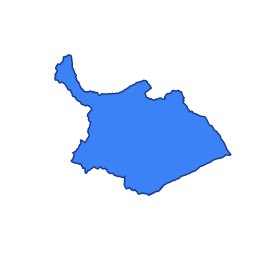 Cubará, Boyacá, Colombia (orthographic projection), rotated 41°
{"feature_id": "7082276B20538039058858", "entity_name": "Cubará", "entity_type": "district", "adm_level": 2, "iso_a3": "COL", "parent_name": "Colombia", "parent_adm1": "Boyacá", "projection": "orthographic", "projection_center": [-72.252, 6.875], "detail": "fine", "context": "isolated", "style": "filled", "palette": "blue", "viewbox_px": 256, "rotation_deg": 41, "n_neighbors": 0, "source": "geoboundaries", "source_scale": "gbopen_adm2", "svg_char_len": 5837}
<svg xmlns="http://www.w3.org/2000/svg" viewBox="0 0 256 256"><g transform="rotate(41 128 128)"><path d="M189.5,71.3L188.5,72.1L188.0,72.3L186.4,72.1L183.7,70.7L179.5,69.2L178.8,69.2L177.6,69.7L176.3,70.7L174.1,71.8L170.3,72.6L168.7,73.6L167.3,73.7L165.3,73.4L164.8,73.8L164.2,75.1L163.6,75.3L162.2,74.3L160.3,74.5L159.2,73.4L158.5,73.2L155.8,72.6L154.3,72.8L153.0,72.8L152.4,72.2L152.5,71.1L152.2,70.6L151.7,70.4L151.0,70.5L150.6,70.3L150.9,68.9L150.7,68.5L149.4,68.3L146.4,67.0L145.0,65.7L144.4,65.8L143.4,66.6L142.9,66.7L142.4,66.6L142.1,66.2L141.9,66.2L140.9,67.1L140.2,68.4L139.7,68.9L138.2,69.4L137.8,70.1L137.0,70.6L137.0,71.3L137.3,72.6L137.3,73.5L136.1,75.5L135.3,76.2L134.9,76.9L134.9,77.7L135.3,79.3L135.4,80.8L135.6,81.0L136.1,80.9L136.5,81.1L136.7,81.9L136.6,82.6L135.2,83.5L133.8,83.5L132.5,84.5L131.6,85.6L131.3,86.7L130.7,87.7L129.9,88.2L129.9,89.6L129.7,89.8L127.3,90.7L126.0,90.7L125.6,91.1L125.2,92.1L123.3,92.0L122.3,92.7L121.6,92.8L120.2,91.7L119.1,91.4L117.9,90.4L118.0,88.4L118.5,87.3L118.8,85.5L118.7,84.7L119.4,83.3L119.3,82.7L118.9,82.3L116.0,81.4L113.6,81.5L112.8,81.1L112.4,80.5L111.8,80.7L110.6,80.5L108.6,81.7L107.9,83.4L107.3,84.1L107.1,85.0L105.5,86.8L104.7,88.4L104.4,90.2L103.7,92.1L102.9,93.5L102.7,94.2L102.0,95.1L101.9,95.7L102.1,97.2L101.6,97.8L101.1,100.3L100.5,100.8L100.5,102.4L100.0,103.1L99.9,104.3L99.6,104.9L99.2,105.5L98.7,105.9L98.0,108.3L97.1,108.7L96.8,109.3L96.1,109.6L95.2,111.4L94.4,111.5L93.6,112.1L92.3,114.1L91.5,114.3L90.4,115.4L89.7,116.6L88.3,117.4L87.3,118.5L86.5,118.8L85.7,119.4L85.5,119.8L85.7,120.9L85.4,121.9L84.3,122.3L83.8,122.0L83.2,122.0L82.5,121.5L81.9,121.5L81.2,121.7L80.2,122.6L79.5,122.8L78.9,123.3L78.4,123.0L77.8,123.4L77.5,124.1L76.5,124.6L76.0,124.5L75.6,124.7L75.3,125.3L74.9,125.3L74.9,125.9L74.7,126.4L73.4,127.3L73.4,127.9L73.2,128.1L72.4,128.6L71.2,128.8L70.8,129.1L68.8,128.7L67.9,128.9L66.9,128.4L66.2,128.9L65.4,128.3L62.8,127.1L61.5,126.2L61.2,126.2L60.5,125.8L59.7,126.1L59.2,125.7L58.3,125.9L57.8,125.4L57.2,125.4L56.8,124.7L55.8,124.2L55.0,124.1L54.6,122.5L54.3,122.2L53.3,122.2L52.4,121.5L51.8,121.6L50.3,121.0L49.9,120.2L48.6,120.1L47.6,119.2L47.0,119.2L46.1,118.9L45.6,118.1L43.0,115.2L41.1,113.9L40.8,113.2L40.2,112.9L38.1,111.0L37.3,110.9L36.4,111.1L35.1,112.0L34.8,112.5L34.7,113.0L34.9,113.9L33.7,115.2L33.7,115.6L34.0,116.1L33.8,116.4L32.9,116.6L33.3,117.1L33.6,118.0L34.7,119.4L35.2,120.7L34.8,122.2L35.1,124.4L33.1,125.7L33.4,127.0L33.3,128.0L33.7,129.4L34.5,130.6L36.3,130.8L37.1,131.4L37.5,132.2L37.9,134.4L37.8,135.2L38.3,135.8L39.6,136.4L39.6,137.6L41.2,139.2L41.8,139.4L42.2,138.9L43.4,138.2L43.9,138.1L44.6,138.1L45.9,138.9L46.7,138.8L47.3,138.3L47.4,137.8L48.0,137.1L48.5,136.7L49.1,136.5L50.4,136.3L52.8,136.4L54.2,137.2L55.3,137.2L56.2,137.9L57.9,138.3L58.5,138.2L59.4,137.4L60.2,137.1L61.4,138.2L63.5,138.8L64.9,140.1L65.7,140.2L66.5,139.7L67.9,139.6L68.6,139.3L69.5,140.1L70.7,140.2L71.6,140.5L72.6,140.1L74.9,139.7L75.8,139.8L76.3,140.3L77.1,140.5L78.1,140.3L79.0,139.5L80.6,139.6L80.9,139.0L81.9,138.7L82.5,137.2L84.2,137.2L85.1,136.8L86.0,137.1L87.3,137.2L88.6,137.9L88.8,138.4L88.5,139.0L88.6,140.2L88.4,140.8L88.7,141.4L88.5,142.0L88.8,143.1L88.5,143.7L89.5,145.6L91.1,145.8L92.2,146.6L92.3,147.1L92.9,147.9L96.3,148.6L96.7,149.0L96.9,150.1L98.0,151.9L98.4,153.0L98.6,154.7L99.6,155.8L99.8,156.9L100.8,157.6L102.4,158.1L103.8,159.2L104.1,160.6L104.4,163.5L105.2,166.2L105.2,167.1L104.5,167.5L103.7,167.3L101.9,167.4L100.5,167.9L100.2,168.3L101.9,169.9L102.7,171.3L102.8,171.7L102.5,172.2L102.8,172.6L102.8,173.7L103.4,174.7L103.7,175.8L103.8,176.8L103.5,177.2L103.4,177.9L104.0,179.4L103.8,180.1L103.5,180.3L103.4,181.3L102.9,181.9L103.0,182.4L102.7,182.9L104.4,183.3L105.4,184.1L105.7,185.3L106.5,186.8L106.8,188.3L106.6,189.9L106.8,190.1L107.8,190.3L108.8,190.2L109.3,189.7L110.8,189.3L113.3,187.6L115.3,187.2L115.9,186.2L116.3,186.0L116.8,186.2L117.3,186.8L118.3,187.3L119.4,187.2L120.2,188.0L120.5,187.9L121.4,187.0L122.7,187.3L123.7,188.6L125.5,189.9L125.9,189.9L126.1,189.2L126.0,186.3L126.8,184.6L126.9,183.4L127.6,181.0L127.7,179.8L128.3,179.3L129.1,179.0L130.2,179.4L131.0,179.0L131.9,178.8L132.4,178.0L132.3,177.0L132.4,175.9L132.8,175.3L133.4,175.1L134.8,175.7L135.5,175.5L136.6,174.7L137.0,173.6L137.3,173.4L138.0,173.7L139.4,173.2L140.2,174.1L141.7,174.5L144.3,174.2L145.3,172.9L146.6,172.3L147.5,172.3L148.2,172.6L149.6,172.4L150.1,171.7L151.3,171.6L152.3,171.2L153.6,169.7L155.2,169.4L156.6,168.8L157.4,166.7L158.0,167.3L159.2,169.2L160.8,170.7L161.5,172.2L162.3,173.2L163.6,173.8L164.2,174.3L166.7,175.0L168.1,172.7L169.0,172.3L169.3,171.8L171.2,172.5L171.3,172.1L171.6,171.9L173.2,171.6L173.8,170.0L174.4,170.2L175.8,170.3L176.3,170.0L178.3,170.9L179.2,171.0L179.9,170.3L181.0,168.4L182.2,167.3L183.6,166.7L185.0,165.3L185.4,165.1L186.5,165.4L188.2,164.8L188.1,163.7L188.6,162.7L189.3,162.5L189.3,162.2L189.1,161.8L189.2,160.9L189.4,160.6L189.9,160.4L190.2,160.0L190.4,159.5L190.3,158.7L190.5,158.0L190.9,157.5L191.4,157.2L191.5,156.5L192.2,156.2L192.6,155.4L192.3,154.0L192.9,153.1L192.6,152.5L192.7,151.8L192.2,151.1L192.8,150.2L192.3,149.0L192.7,148.4L192.5,147.5L193.3,145.8L193.7,143.8L194.7,142.4L196.1,139.0L197.6,136.7L198.1,134.9L199.4,133.0L199.7,131.8L199.6,130.4L200.1,129.1L200.6,128.5L201.3,126.8L202.3,125.9L202.8,123.9L204.0,122.5L204.5,120.6L205.8,117.9L206.7,116.4L207.1,115.2L207.7,110.1L208.0,109.3L209.7,106.4L209.7,105.6L210.9,103.4L211.1,102.6L212.5,99.9L213.2,96.9L214.2,94.7L215.5,92.6L217.3,90.5L217.5,89.6L218.3,88.9L218.6,88.4L219.0,86.5L219.4,85.8L219.4,85.5L219.1,84.8L219.2,84.3L220.2,83.7L220.8,83.0L221.9,82.6L222.7,81.7L223.1,80.9L222.5,80.4L217.3,79.5L213.1,77.6L211.6,76.7L210.0,76.1L204.4,74.8L203.6,73.9L202.2,73.3L201.1,73.1L199.6,73.3L198.3,72.5L197.3,72.5L195.4,72.9L193.4,72.6L191.5,71.7L189.5,71.3Z" fill="#3b82f6" stroke="#1e3a8a" stroke-width="1.5"/></g></svg>